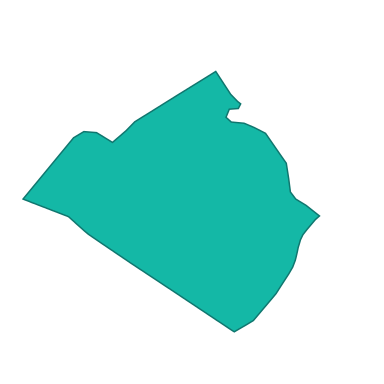 the district of Adila, Eastern Darfur, Sudan, rotated 128°
{"feature_id": "16777658B87348298332109", "entity_name": "Adila", "entity_type": "district", "adm_level": 2, "iso_a3": "SDN", "parent_name": "Sudan", "parent_adm1": "Eastern Darfur", "projection": "mercator", "projection_center": [27.139, 11.428], "detail": "fine", "context": "isolated", "style": "filled", "palette": "teal", "viewbox_px": 384, "rotation_deg": 128, "n_neighbors": 0, "source": "geoboundaries", "source_scale": "gbopen_adm2", "svg_char_len": 1970}
<svg xmlns="http://www.w3.org/2000/svg" viewBox="0 0 384 384"><g transform="rotate(128 192 192)"><path d="M301.6,320.8L301.6,320.7L301.5,320.4L301.4,320.2L301.3,319.8L301.2,319.4L301.0,318.8L299.7,314.6L299.1,312.3L298.5,310.3L298.0,309.0L297.9,308.6L297.0,305.5L296.2,302.9L295.6,300.9L295.3,299.8L295.2,299.6L295.1,299.4L294.5,297.5L294.1,295.9L294.0,295.6L293.7,294.8L292.2,289.6L292.0,289.2L291.6,287.7L291.2,286.6L290.9,285.5L290.0,282.5L289.7,281.6L289.4,280.5L288.9,278.9L288.6,277.9L287.9,275.7L287.6,274.5L287.5,274.1L287.5,273.8L287.5,273.0L287.7,270.7L287.8,269.1L288.0,265.8L288.1,265.3L288.3,262.6L288.3,262.3L288.5,259.2L288.7,255.7L288.9,253.1L289.1,247.8L288.7,241.1L288.6,239.8L288.4,236.4L288.0,230.0L287.9,228.8L287.4,221.2L287.4,220.8L287.3,220.0L287.1,217.7L287.1,216.8L286.9,213.7L286.8,212.4L286.8,211.9L286.7,211.1L286.6,209.6L286.5,208.5L286.4,207.3L286.4,206.6L286.2,203.7L286.1,202.4L286.0,201.4L286.0,201.2L286.0,200.4L285.9,199.5L285.8,198.0L285.8,197.9L285.8,197.5L285.8,197.4L285.5,193.8L285.3,191.4L285.2,189.8L284.9,185.8L284.8,184.6L284.6,182.8L284.6,182.6L284.4,180.1L284.3,178.2L283.8,172.1L283.1,163.3L282.5,155.2L281.4,141.2L280.4,127.8L280.3,126.7L279.3,113.1L279.1,111.0L278.5,102.4L278.4,101.5L278.0,96.2L277.9,94.5L277.9,94.0L277.5,90.0L276.7,78.6L276.3,74.0L276.3,73.7L276.2,73.2L276.1,72.8L276.1,72.6L261.8,66.9L255.5,64.5L242.1,64.0L226.5,63.4L220.4,63.2L212.1,64.0L203.0,64.8L197.2,65.3L189.2,66.4L184.4,67.9L182.4,68.5L179.0,70.0L174.1,72.3L170.3,74.2L167.4,75.3L162.9,77.1L158.3,78.1L157.4,78.3L150.5,78.3L137.8,77.8L132.4,76.8L132.3,93.9L133.7,105.9L131.4,114.5L122.0,124.0L111.3,135.4L107.9,146.5L100.5,170.2L102.9,182.6L105.7,193.1L105.9,193.5L112.7,204.1L112.2,211.2L103.8,213.6L97.7,206.9L92.6,207.9L92.6,211.7L91.2,221.7L82.4,247.5L125.0,263.2L156.9,274.8L161.2,276.4L171.8,280.3L184.4,281.7L201.9,285.2L204.0,303.8L211.0,314.4L222.1,318.7L301.6,320.8Z" fill="#14b8a6" stroke="#0f766e" stroke-width="1.5"/></g></svg>